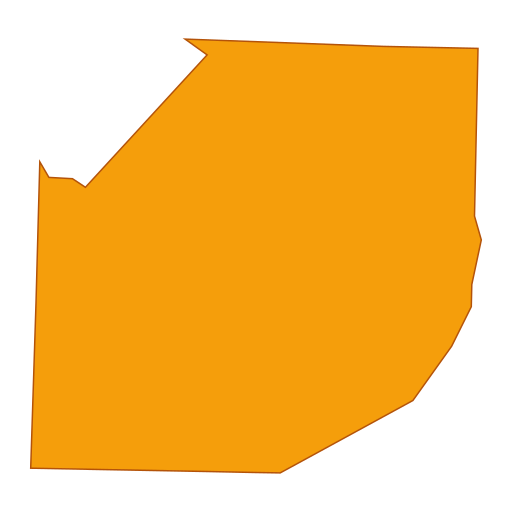 the district of Madison, Tennessee, United States of America
{"feature_id": "52423323B23237187605689", "entity_name": "Madison", "entity_type": "district", "adm_level": 2, "iso_a3": "USA", "parent_name": "United States of America", "parent_adm1": "Tennessee", "projection": "natural_earth1", "projection_center": [-88.842, 35.612], "detail": "fine", "context": "isolated", "style": "filled", "palette": "amber", "viewbox_px": 512, "rotation_deg": 0, "n_neighbors": 0, "source": "geoboundaries", "source_scale": "gbopen_adm2", "svg_char_len": 361}
<svg xmlns="http://www.w3.org/2000/svg" viewBox="0 0 512 512"><path d="M39.8,161.8L36.0,303.1L30.7,468.2L206.9,471.5L255.7,472.5L280.2,472.9L412.9,400.5L451.6,346.3L471.3,306.7L471.8,284.5L481.3,239.9L474.5,216.1L478.0,48.4L383.4,46.4L185.1,39.1L207.1,54.9L85.4,187.3L72.5,178.7L48.9,177.4L39.8,161.8Z" fill="#f59e0b" stroke="#b45309" stroke-width="1.5"/></svg>